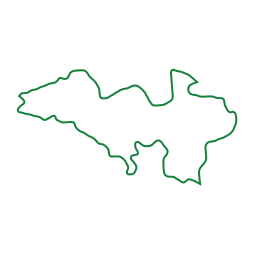 Tenares, Hermanas, Dominican Republic (orthographic projection), rotated 86°
{"feature_id": "3306468B80209753736626", "entity_name": "Tenares", "entity_type": "district", "adm_level": 2, "iso_a3": "DOM", "parent_name": "Dominican Republic", "parent_adm1": "Hermanas", "projection": "orthographic", "projection_center": [-70.314, 19.443], "detail": "fine", "context": "isolated", "style": "outline", "palette": "green", "viewbox_px": 256, "rotation_deg": 86, "n_neighbors": 0, "source": "geoboundaries", "source_scale": "gbopen_adm2", "svg_char_len": 4977}
<svg xmlns="http://www.w3.org/2000/svg" viewBox="0 0 256 256"><g transform="rotate(86 128 128)"><path d="M188.9,59.9L184.8,60.2L180.5,60.3L177.7,60.3L175.7,60.0L174.4,59.6L173.2,58.9L171.6,57.6L168.6,54.7L167.6,53.7L166.5,53.0L165.2,52.4L163.8,52.1L161.7,52.0L155.2,52.1L153.1,52.1L151.7,51.9L151.0,51.7L149.9,51.2L149.4,50.8L148.5,50.0L147.9,48.9L147.7,48.3L147.4,47.0L147.1,42.8L146.8,41.5L145.4,38.2L145.1,37.0L144.6,34.5L144.2,33.3L142.7,30.2L141.7,27.9L141.0,26.9L140.2,25.8L138.8,24.4L137.7,23.5L136.6,22.7L134.3,21.7L132.3,20.6L131.2,20.1L129.2,19.6L126.4,19.4L124.3,19.3L122.3,19.6L121.0,20.0L120.1,20.6L119.5,21.4L119.2,22.3L119.2,22.8L119.5,24.3L119.4,25.2L118.9,26.1L118.2,26.8L117.8,27.2L113.6,29.2L112.5,29.6L111.2,29.9L108.2,30.1L107.1,30.3L106.0,30.7L105.6,31.1L105.2,31.5L105.0,32.0L104.7,33.1L104.4,36.1L104.2,37.3L103.8,38.4L102.6,41.1L102.3,42.4L102.1,45.2L102.0,50.8L101.9,52.1L101.7,53.5L101.3,54.7L100.1,57.3L99.8,58.5L99.3,61.0L98.9,62.1L98.3,63.2L97.5,64.0L96.5,64.7L95.9,64.9L95.3,65.1L94.0,65.2L92.8,65.1L92.1,64.9L91.5,64.7L90.5,64.0L90.1,63.6L89.3,62.6L88.8,61.6L87.7,58.2L87.1,55.9L83.5,59.3L81.0,61.9L79.6,63.4L78.5,65.1L77.4,67.4L75.8,70.6L75.4,71.8L74.7,74.8L74.3,75.8L73.6,77.2L73.2,78.2L73.1,79.3L73.3,79.8L73.6,80.3L74.1,80.7L74.6,81.0L75.2,81.1L76.4,81.3L97.7,81.1L99.8,81.2L101.1,81.5L101.8,81.7L102.3,82.0L103.2,82.8L104.0,83.6L104.3,84.1L106.9,89.5L107.2,90.8L107.4,92.2L107.6,97.1L107.5,99.1L107.3,100.4L106.9,101.5L106.6,102.1L106.2,102.5L102.4,104.8L99.1,106.2L96.5,107.5L94.2,108.5L93.1,109.2L90.9,111.0L88.4,113.4L87.1,115.0L86.5,116.3L86.3,116.9L86.1,118.1L86.2,120.0L86.5,121.3L87.7,123.9L88.1,125.0L88.5,126.9L88.8,130.1L89.3,132.0L89.7,133.1L90.8,135.1L91.8,137.4L93.6,140.5L94.6,142.8L96.0,145.3L96.5,146.5L96.8,148.4L96.8,150.3L96.7,151.4L96.2,152.5L95.9,153.0L95.4,153.3L94.2,153.7L93.0,153.9L88.2,153.9L86.2,154.3L85.1,154.7L83.1,155.8L80.8,156.8L79.8,157.5L78.7,158.3L75.3,161.5L73.8,162.8L72.3,163.7L70.2,164.8L69.3,165.5L68.5,166.3L67.8,167.3L67.6,167.9L67.3,169.2L67.1,172.0L67.1,175.5L67.2,177.6L67.6,179.5L68.2,180.7L68.9,181.6L70.3,182.6L71.8,183.4L72.8,184.0L73.6,184.7L74.0,185.2L74.5,186.2L74.6,186.8L74.7,187.9L74.4,189.0L73.8,190.3L73.5,191.2L73.4,192.2L73.5,192.7L73.7,193.2L74.0,193.6L75.5,194.8L76.3,195.6L76.9,196.5L77.5,197.6L77.8,198.9L78.3,203.1L78.6,204.4L80.0,207.7L81.2,212.6L82.7,215.8L83.0,217.1L83.6,221.1L83.9,222.3L84.1,222.8L85.2,224.3L85.6,225.4L85.9,227.4L86.0,231.7L88.6,234.4L91.0,231.8L92.4,230.5L93.4,229.9L94.0,229.7L94.5,229.6L95.1,229.6L95.6,229.7L96.1,230.0L96.5,230.4L97.6,232.2L98.6,233.7L99.9,235.1L100.8,236.0L101.9,236.5L102.4,236.7L103.0,236.6L103.5,236.5L104.0,236.2L104.4,235.8L104.8,234.8L105.4,232.1L106.6,229.5L107.0,228.3L107.6,225.2L107.9,224.0L109.2,221.3L109.6,220.2L110.5,216.5L111.0,215.4L111.7,214.3L113.3,212.4L113.9,211.4L114.1,210.9L114.2,210.3L114.0,209.3L112.2,205.2L110.8,202.8L110.6,201.8L110.6,201.3L110.8,200.7L111.1,200.3L111.4,200.0L112.3,199.6L114.1,199.0L114.9,198.4L116.7,195.6L117.5,194.0L117.9,192.7L118.0,191.3L118.0,184.5L118.2,183.2L118.6,182.1L118.9,181.6L119.4,181.3L119.9,181.1L122.5,180.4L123.1,180.2L124.2,179.6L125.8,178.4L127.1,176.9L128.3,175.3L129.6,172.5L133.2,167.7L134.6,165.0L135.2,164.0L136.4,162.6L137.7,161.3L139.1,160.2L140.5,159.3L141.2,158.6L141.7,157.7L142.4,154.9L142.9,153.7L143.7,152.6L145.0,151.2L146.6,149.9L147.7,149.3L148.9,149.0L153.1,148.6L154.1,148.2L154.6,147.9L154.9,147.4L155.2,146.8L155.4,145.7L155.6,140.3L155.8,138.9L156.0,138.3L156.3,137.7L157.0,136.5L157.9,135.5L158.8,134.6L159.8,133.7L160.9,133.0L165.3,131.1L166.3,130.7L167.5,130.6L168.7,130.8L170.9,132.0L171.9,132.2L172.4,132.2L172.9,132.1L173.5,131.8L173.9,131.4L174.1,130.9L174.3,130.4L174.5,128.7L174.3,126.9L173.9,125.8L173.5,125.3L172.7,124.5L170.3,123.1L169.3,122.6L168.1,122.3L167.5,122.3L166.8,122.4L165.7,122.7L161.9,125.0L160.2,126.6L159.3,127.0L158.2,127.2L157.1,127.0L156.6,126.7L156.2,126.4L155.9,125.9L155.6,124.9L155.4,122.2L155.2,121.2L155.0,120.7L154.7,120.3L154.2,120.0L153.7,119.8L153.2,119.8L152.7,119.9L151.7,120.2L150.3,121.0L149.3,121.5L148.1,121.8L146.8,122.0L145.7,122.0L144.5,121.9L144.0,121.8L143.5,121.6L143.0,121.2L142.7,120.6L142.6,120.1L142.6,119.5L142.7,119.0L143.3,117.9L145.7,115.2L146.5,114.1L146.8,113.6L147.1,113.0L147.4,111.7L147.5,109.7L147.4,107.8L147.1,106.5L146.8,105.9L146.2,104.8L143.7,101.8L143.0,100.8L142.6,99.6L142.6,98.4L142.7,97.8L143.3,96.8L143.6,96.3L144.5,95.6L145.5,95.0L147.6,93.9L151.7,90.8L152.9,90.3L153.5,90.1L154.7,90.2L155.9,90.6L157.0,91.2L159.4,93.3L160.4,94.1L161.6,94.6L163.0,94.9L165.0,95.1L167.1,95.2L171.9,95.3L174.0,95.2L175.3,95.0L175.9,94.9L176.6,94.6L177.6,94.0L178.4,93.1L178.7,92.7L179.2,91.5L179.4,90.3L179.8,86.7L180.1,85.6L180.3,85.2L181.6,83.7L183.1,81.4L185.0,79.0L185.7,78.0L186.0,77.5L186.1,76.9L186.2,76.4L186.1,75.8L185.7,74.8L184.3,73.0L183.7,72.0L183.5,71.5L183.4,71.0L183.4,70.5L183.7,69.5L185.2,65.8L188.9,59.9Z" fill="none" stroke="#15803d" stroke-width="2"/></g></svg>